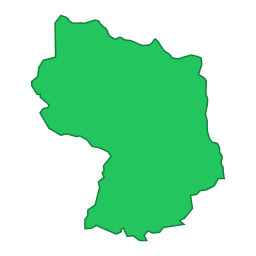 outline of Delchevo, Delčevo, North Macedonia
{"feature_id": "65306769B90097726978799", "entity_name": "Delchevo", "entity_type": "district", "adm_level": 2, "iso_a3": "MKD", "parent_name": "North Macedonia", "parent_adm1": "Delčevo", "projection": "robinson", "projection_center": [22.782, 41.938], "detail": "fine", "context": "isolated", "style": "filled", "palette": "green", "viewbox_px": 256, "rotation_deg": 0, "n_neighbors": 0, "source": "geoboundaries", "source_scale": "gbopen_adm2", "svg_char_len": 2037}
<svg xmlns="http://www.w3.org/2000/svg" viewBox="0 0 256 256"><path d="M146.7,240.6L144.2,235.4L148.0,230.8L152.5,233.0L159.6,232.3L163.2,227.5L184.0,224.3L179.5,220.7L184.5,218.2L192.5,208.4L190.5,195.4L196.6,194.4L200.0,190.7L206.8,189.7L214.2,185.8L218.3,178.6L224.3,178.5L224.0,177.6L223.3,172.0L223.1,168.5L222.8,166.6L221.4,164.6L221.3,163.9L221.2,162.0L221.1,161.3L222.1,158.6L222.0,155.8L221.2,154.6L220.4,153.4L219.6,152.1L219.6,148.5L219.4,147.8L218.8,146.2L217.3,143.3L212.2,142.3L210.8,140.5L209.6,138.8L209.3,138.1L209.1,137.4L207.4,131.5L207.1,126.6L207.3,121.5L206.1,116.5L205.4,114.4L205.9,111.2L206.9,107.0L207.4,103.3L207.6,99.6L207.0,97.0L206.0,94.8L205.9,89.7L206.2,83.9L206.4,81.0L204.9,78.9L202.8,76.9L198.6,74.6L198.8,73.5L200.3,68.9L201.4,66.6L201.7,63.7L201.3,59.4L200.9,57.8L199.2,57.2L193.8,55.5L190.8,55.1L185.1,56.8L182.2,57.6L179.0,58.6L177.4,58.9L174.2,58.3L172.5,57.9L171.7,57.4L171.4,56.6L170.7,55.8L169.4,54.3L168.7,53.8L166.3,52.2L164.2,50.8L160.4,45.4L158.2,41.6L155.3,39.0L153.6,40.3L153.0,41.9L150.1,44.6L146.8,45.3L142.6,45.5L138.5,44.1L134.8,42.2L130.0,40.4L128.0,40.4L126.2,40.1L124.1,39.7L123.1,38.9L122.1,38.2L120.8,37.5L119.5,37.3L118.9,37.4L116.2,39.1L114.7,38.9L113.8,38.5L111.3,37.2L109.6,35.8L108.3,33.7L107.2,30.9L106.4,29.2L104.5,27.3L103.9,27.1L103.3,26.9L100.2,23.7L99.6,23.0L98.9,21.2L95.5,20.1L90.3,21.5L84.6,23.3L83.4,23.3L81.3,22.9L75.6,23.2L73.7,23.4L71.3,22.3L69.7,21.5L68.3,19.2L67.4,18.3L66.3,17.4L62.0,15.9L60.9,15.4L55.1,23.0L55.6,57.2L43.4,60.2L38.9,67.3L37.6,76.7L31.7,81.4L31.7,85.6L37.1,94.3L40.2,94.4L40.2,97.1L49.0,104.8L48.0,107.6L43.1,108.6L40.0,113.0L49.0,128.3L60.8,135.2L66.9,133.8L76.9,136.7L79.6,135.8L87.0,139.8L92.0,146.3L99.9,147.9L108.3,152.0L111.0,156.5L103.5,165.9L104.1,170.4L102.2,172.9L104.1,177.2L98.4,181.9L99.6,187.2L95.2,205.0L87.9,210.0L87.7,215.7L84.9,219.6L85.0,228.7L91.4,228.2L96.4,225.5L116.3,234.1L121.3,231.7L121.3,229.1L123.4,228.1L127.2,236.3L133.3,235.8L139.6,240.5L146.7,240.6Z" fill="#22c55e" stroke="#15803d" stroke-width="1.5"/></svg>